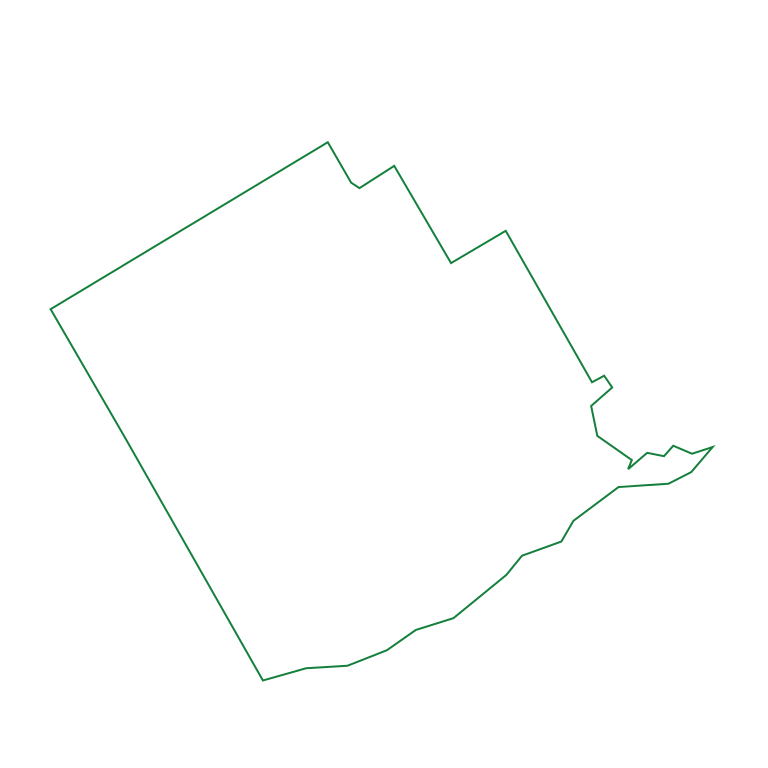 the district of Greene, Illinois, United States of America, rotated 240°
{"feature_id": "52423323B58371871806637", "entity_name": "Greene", "entity_type": "district", "adm_level": 2, "iso_a3": "USA", "parent_name": "United States of America", "parent_adm1": "Illinois", "projection": "natural_earth1", "projection_center": [-90.485, 39.32], "detail": "fine", "context": "isolated", "style": "outline", "palette": "green", "viewbox_px": 768, "rotation_deg": 240, "n_neighbors": 0, "source": "geoboundaries", "source_scale": "gbopen_adm2", "svg_char_len": 574}
<svg xmlns="http://www.w3.org/2000/svg" viewBox="0 0 768 768"><g transform="rotate(240 384 384)"><path d="M615.5,132.7L467.3,132.9L187.8,130.9L176.8,174.4L158.3,211.4L152.0,253.4L155.1,288.6L146.5,327.1L157.5,394.5L166.3,417.7L158.9,458.9L170.8,479.6L177.5,535.6L155.4,580.5L154.1,606.1L165.1,637.1L169.6,615.9L185.9,603.6L181.5,590.4L192.8,577.5L188.2,552.8L194.2,560.6L232.4,542.8L261.4,552.4L266.9,579.9L281.1,578.8L281.5,565.0L455.8,566.0L455.2,502.5L567.8,501.9L565.9,460.7L574.8,456.2L621.5,456.2L615.5,132.7Z" fill="none" stroke="#15803d" stroke-width="2"/></g></svg>